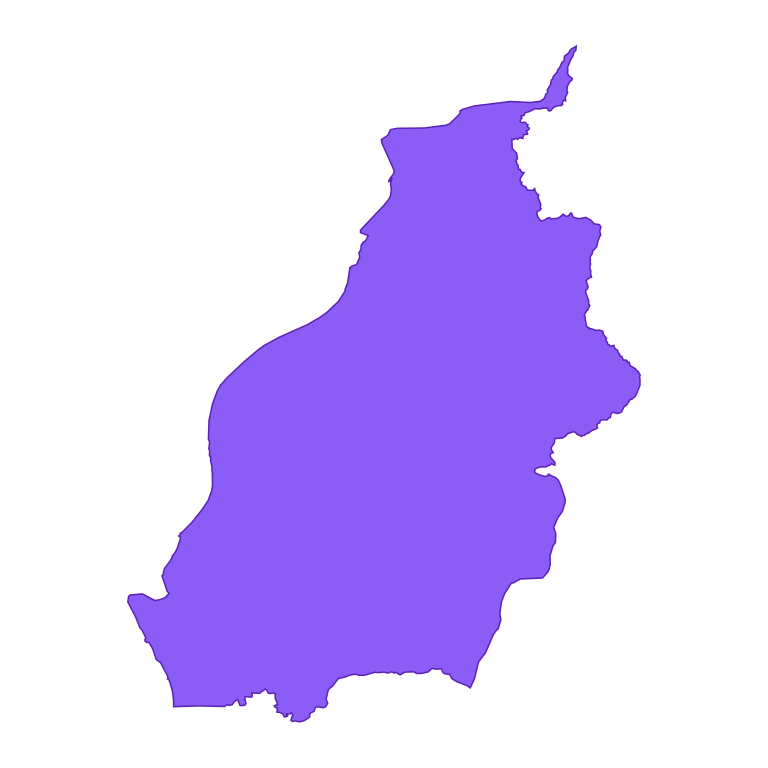 Sambas, Kalimantan Barat, Indonesia (orthographic projection)
{"feature_id": "22746128B87993072617697", "entity_name": "Sambas", "entity_type": "district", "adm_level": 2, "iso_a3": "IDN", "parent_name": "Indonesia", "parent_adm1": "Kalimantan Barat", "projection": "orthographic", "projection_center": [109.291, 1.523], "detail": "fine", "context": "isolated", "style": "filled", "palette": "violet", "viewbox_px": 768, "rotation_deg": 0, "n_neighbors": 0, "source": "geoboundaries", "source_scale": "gbopen_adm2", "svg_char_len": 6099}
<svg xmlns="http://www.w3.org/2000/svg" viewBox="0 0 768 768"><path d="M640.2,375.0L638.0,371.3L635.9,370.0L635.7,368.9L630.0,365.5L629.3,362.4L627.4,362.2L626.9,360.6L626.1,360.6L625.8,359.9L623.5,360.3L621.7,356.3L619.9,356.4L619.8,354.4L618.0,352.5L617.7,350.3L614.8,348.5L614.0,345.4L610.3,346.3L609.4,345.0L607.8,344.4L607.4,342.4L605.7,340.1L606.6,338.5L603.7,334.9L602.8,331.3L599.2,330.0L596.2,330.5L591.2,328.7L589.1,328.7L589.1,327.8L586.8,326.7L585.1,319.1L585.3,317.4L584.2,315.1L586.8,310.5L587.7,310.1L589.8,305.4L588.7,304.0L588.7,300.9L585.7,292.5L585.7,290.3L587.5,288.9L588.1,287.0L586.1,280.8L588.7,278.2L591.5,277.2L590.6,273.9L590.8,270.7L590.0,269.3L589.8,265.8L590.7,264.2L589.9,261.6L590.4,260.3L590.2,256.7L592.2,253.9L592.6,251.1L596.6,247.0L598.0,241.1L599.8,236.1L600.7,235.3L599.8,231.0L600.9,227.0L599.4,224.6L594.3,223.8L590.8,220.2L585.8,217.4L579.0,218.7L574.5,217.7L572.9,216.7L571.6,213.2L570.7,213.0L568.7,215.6L567.4,216.2L566.2,216.2L563.0,214.2L559.9,217.1L556.8,218.5L550.7,218.7L549.5,217.5L546.5,218.5L545.6,219.6L541.0,221.1L538.0,217.2L536.7,213.2L537.6,211.2L539.6,210.5L541.1,208.6L540.3,207.7L540.8,204.5L538.1,197.7L538.6,194.8L536.8,194.0L534.6,189.7L534.9,188.0L533.0,190.4L527.3,190.1L525.9,186.9L522.1,185.4L521.9,184.4L521.0,183.8L521.9,182.6L520.0,180.5L520.4,178.2L524.0,172.6L521.6,172.2L520.1,169.4L518.7,169.5L518.0,165.1L517.0,164.4L516.7,162.2L515.6,160.9L517.6,158.5L516.8,157.0L517.3,156.0L516.6,155.2L516.7,153.4L512.3,148.6L511.8,139.3L513.0,139.7L515.9,138.4L517.7,139.4L519.2,137.9L520.5,137.5L521.4,138.3L522.8,138.4L522.3,137.5L523.3,136.6L523.5,135.4L524.6,134.4L527.1,134.4L527.7,133.6L526.3,131.1L528.8,129.6L529.3,128.1L527.2,126.6L528.0,124.8L526.2,123.8L525.5,122.4L523.8,122.2L522.7,122.8L520.0,121.7L520.6,119.4L521.9,118.2L521.0,115.9L523.8,115.6L525.2,112.7L528.8,111.8L535.0,108.7L540.0,109.0L543.5,108.1L547.8,108.1L548.1,110.4L549.6,111.1L551.1,110.3L553.4,107.5L557.4,105.8L561.6,105.5L561.7,104.5L562.6,104.4L562.5,102.3L563.7,100.1L565.7,100.9L565.3,97.3L567.7,92.5L567.0,91.6L567.2,86.7L569.9,81.4L571.7,80.4L572.3,78.5L569.1,76.1L567.5,73.2L567.9,70.0L567.5,67.5L570.7,59.7L572.9,56.2L573.8,52.2L575.9,50.2L576.2,46.1L570.5,49.6L568.5,53.1L564.6,56.0L564.0,60.8L561.8,62.7L559.5,67.8L557.5,70.0L557.5,71.5L553.0,76.8L553.2,78.4L551.4,79.9L550.6,84.3L547.2,90.2L547.8,92.4L545.7,94.3L544.9,97.3L543.3,99.3L540.1,101.3L530.3,102.5L510.4,101.5L474.6,105.9L462.8,109.3L460.0,110.9L460.3,112.1L459.5,114.0L456.9,116.8L449.6,123.8L445.8,125.2L424.8,128.0L397.4,128.3L390.4,129.7L387.8,135.3L381.3,139.7L382.0,143.3L394.1,170.4L393.8,173.3L389.3,179.7L388.8,181.5L390.7,180.8L390.2,181.7L390.8,181.2L390.7,178.7L391.4,177.7L392.1,178.5L390.5,183.1L391.3,189.4L390.4,196.2L389.1,198.8L384.1,205.1L360.4,230.2L360.5,232.6L368.2,235.6L365.7,240.6L363.0,242.3L361.2,245.2L360.9,249.6L358.9,252.8L359.7,257.3L356.9,263.7L356.1,264.8L351.9,266.0L349.9,267.6L347.6,282.8L345.0,289.6L345.2,290.8L338.4,301.5L326.5,312.7L319.6,317.6L306.9,324.9L279.7,337.0L264.3,345.4L258.2,349.8L243.9,361.9L227.5,377.3L220.6,385.0L217.2,391.2L212.5,403.9L209.0,420.4L208.4,439.3L209.6,442.0L208.8,449.0L209.7,450.8L209.4,455.0L209.9,456.8L210.8,457.2L210.5,460.4L211.8,466.2L212.1,472.3L212.9,473.3L212.3,474.1L212.5,485.8L211.5,491.4L208.1,500.6L201.9,509.8L192.7,521.4L182.0,532.5L180.2,533.3L180.3,534.6L178.7,536.0L180.2,537.2L180.3,539.1L177.0,548.9L174.2,554.0L172.3,555.8L172.4,556.9L170.0,561.1L164.5,568.4L163.0,574.7L162.0,575.8L167.2,591.3L169.0,593.4L165.2,597.6L159.9,599.7L154.9,600.5L142.4,593.9L130.0,595.0L128.6,596.5L127.8,601.9L135.7,617.2L140.1,628.2L141.8,629.7L145.1,636.2L145.8,638.5L144.9,639.5L145.1,641.2L146.3,642.2L148.4,642.4L149.4,643.1L152.9,649.3L156.2,659.5L160.5,662.6L167.2,675.3L167.9,677.2L167.6,679.0L168.4,678.9L169.7,681.6L172.5,691.6L173.6,700.4L173.6,706.7L199.8,705.9L224.4,706.5L226.9,704.9L230.1,705.2L232.3,704.6L234.6,701.3L237.7,699.6L240.0,705.6L244.2,705.4L245.4,704.7L245.9,703.5L244.7,697.2L245.6,696.7L251.7,697.1L252.3,695.7L251.9,692.9L259.5,693.4L265.2,689.0L266.9,690.4L268.2,693.2L270.1,693.6L272.9,692.9L275.3,693.9L275.2,698.3L277.7,704.3L274.2,705.9L275.3,707.4L277.2,707.9L277.0,712.2L280.1,712.5L283.1,714.1L284.1,716.7L284.8,717.0L287.6,716.1L287.7,715.4L286.2,714.6L286.7,713.9L290.1,713.9L291.5,712.6L292.9,715.5L291.9,716.8L291.0,720.4L292.3,721.5L294.6,720.8L299.8,721.9L304.7,720.4L309.7,717.0L309.7,714.5L310.5,712.9L314.0,711.4L315.4,707.5L317.6,706.8L323.4,707.7L325.5,706.9L327.7,703.4L326.1,699.2L328.2,690.2L329.1,688.8L332.6,686.0L338.2,678.7L345.5,676.9L350.9,674.8L355.4,674.3L359.2,675.2L363.9,675.4L375.1,672.2L378.1,672.7L384.3,672.1L387.4,673.1L392.0,671.8L393.9,673.1L395.9,672.4L400.1,674.9L404.3,672.4L406.2,672.0L414.1,671.9L416.6,673.5L421.6,673.4L428.2,671.9L431.0,669.2L433.0,668.4L436.0,669.2L441.2,668.8L443.3,672.9L444.4,673.7L449.8,674.5L451.7,678.4L454.1,680.1L456.8,681.7L467.2,685.7L470.2,687.9L474.4,678.9L478.6,661.8L485.5,652.8L493.3,634.8L495.4,631.5L498.2,628.7L500.8,619.8L499.9,613.8L501.4,601.8L504.8,593.3L511.4,583.0L513.1,583.0L520.2,579.0L542.6,578.0L548.2,571.5L549.2,568.9L550.2,564.7L550.0,555.9L553.0,545.8L555.4,542.6L555.8,533.8L553.7,527.1L557.8,517.8L562.3,511.5L565.1,502.8L565.3,499.4L560.6,485.2L558.4,480.4L555.9,477.7L550.1,475.2L549.2,474.2L548.3,474.3L547.5,476.0L544.5,476.4L538.1,474.3L534.7,472.5L534.9,469.4L537.0,468.0L540.7,466.9L545.6,466.9L549.8,465.2L551.6,463.7L554.1,465.1L555.0,465.0L554.8,462.1L550.8,457.8L550.1,455.3L550.7,453.6L553.2,452.7L551.4,449.6L551.2,447.7L554.4,442.8L554.6,439.4L555.2,438.5L562.4,438.0L565.9,435.9L567.7,433.7L573.1,431.8L575.2,432.2L576.9,434.2L581.5,436.5L582.2,435.7L584.6,435.2L586.1,433.8L588.3,433.3L591.8,430.5L596.5,428.8L597.4,427.9L596.9,424.8L597.7,423.8L599.7,422.8L600.3,420.6L602.8,419.7L607.2,419.9L608.8,418.0L610.4,417.6L610.8,414.7L612.3,412.2L617.2,413.5L620.5,412.6L621.7,411.7L624.2,406.4L626.3,405.5L630.1,399.6L632.1,399.1L635.0,396.5L636.4,394.2L640.0,385.3L640.0,378.7L639.4,377.4L640.2,375.0Z" fill="#8b5cf6" stroke="#5b21b6" stroke-width="1.5"/></svg>